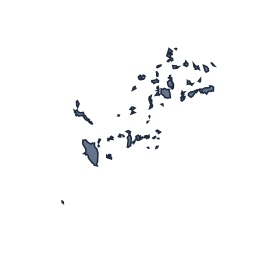 Notioy Aigaioy, Notio Aigaio, Greece, rotated 118°
{"feature_id": "26713481B52894455575268", "entity_name": "Notioy Aigaioy", "entity_type": "district", "adm_level": 2, "iso_a3": "GRC", "parent_name": "Greece", "parent_adm1": "Notio Aigaio", "projection": "natural_earth1", "projection_center": [26.069, 36.671], "detail": "fine", "context": "isolated", "style": "filled", "palette": "slate", "viewbox_px": 256, "rotation_deg": 118, "n_neighbors": 0, "source": "geoboundaries", "source_scale": "gbopen_adm2", "svg_char_len": 5857}
<svg xmlns="http://www.w3.org/2000/svg" viewBox="0 0 256 256"><g transform="rotate(118 128 128)"><path d="M176.7,140.4L175.8,137.3L174.6,138.9L172.2,139.0L164.4,142.7L161.3,145.5L159.9,149.0L157.0,150.5L158.0,151.3L157.9,152.3L159.6,153.1L159.5,156.7L158.3,159.8L160.1,162.0L159.4,162.5L163.3,160.4L166.5,155.3L169.1,153.9L171.2,154.9L170.8,154.1L171.5,152.7L170.5,152.6L170.7,151.2L171.6,149.6L173.0,149.0L175.6,143.1L175.4,142.0L176.7,140.4ZM83.2,107.6L81.3,104.8L77.0,107.8L75.4,109.8L74.6,109.6L75.8,111.9L76.0,114.6L77.4,115.1L77.8,117.1L82.0,115.1L83.1,110.3L83.8,109.9L83.2,107.6ZM57.0,73.3L56.8,71.8L55.5,71.3L55.3,70.0L51.9,71.5L51.5,73.3L52.5,75.6L53.3,74.9L54.5,75.4L56.5,78.9L58.7,80.2L60.1,83.1L61.3,83.8L61.1,82.9L62.6,80.0L60.9,80.0L62.0,78.1L60.4,76.8L61.1,74.5L58.3,74.3L57.0,73.3ZM141.1,164.9L138.8,165.9L138.6,169.3L137.3,171.1L137.2,172.8L135.2,174.8L136.9,177.1L137.2,179.8L135.9,181.5L138.0,182.7L137.7,183.6L139.0,182.5L138.3,182.4L139.1,180.8L141.1,180.3L141.5,179.4L140.1,178.5L140.6,177.0L138.3,174.2L140.6,169.2L140.3,167.3L141.1,164.9ZM143.2,118.3L142.6,117.3L135.4,120.2L132.6,123.6L130.2,124.0L130.1,126.4L131.9,127.9L132.1,124.5L134.4,123.7L136.7,124.2L138.8,122.0L145.2,119.6L144.8,118.5L143.2,118.3ZM64.5,84.2L62.0,84.0L61.7,84.7L66.2,88.4L66.4,89.4L69.2,90.7L70.8,90.1L71.4,87.0L69.2,85.7L64.6,85.2L64.5,84.2ZM70.7,107.1L68.1,108.3L67.2,109.4L68.0,109.7L66.3,110.8L66.0,112.9L66.6,113.9L68.9,114.7L71.3,112.9L72.3,111.0L71.5,110.1L72.8,107.3L71.8,107.0L71.8,108.1L70.3,108.4L70.7,107.1ZM43.8,124.9L42.4,123.5L41.7,124.0L42.4,125.6L43.8,126.4L43.0,127.2L41.2,126.5L41.2,125.2L39.4,124.8L38.6,129.1L46.1,127.6L46.3,124.2L45.3,123.7L43.8,124.9ZM42.0,85.2L39.8,83.7L37.9,84.9L36.9,87.2L37.2,90.8L41.1,87.1L42.0,85.2ZM98.3,116.5L96.6,116.8L96.1,117.5L96.8,117.9L92.2,120.1L92.1,120.8L92.9,121.0L92.5,121.6L88.5,122.7L90.7,123.8L93.1,122.8L96.7,118.9L100.7,118.1L98.3,116.5ZM131.2,110.9L128.6,110.4L131.6,112.9L130.6,112.8L129.6,115.7L131.4,116.9L132.3,116.9L132.3,115.7L134.6,116.0L133.8,115.4L134.5,113.9L134.0,113.0L132.4,112.6L131.8,111.9L132.5,111.8L131.2,110.9ZM73.4,122.8L72.0,123.1L71.4,125.7L72.8,126.1L75.0,129.2L76.0,128.8L76.0,126.8L76.6,126.1L74.0,124.3L73.4,122.8ZM42.6,94.5L42.8,92.5L40.3,95.1L41.3,95.6L41.5,97.6L40.3,100.5L43.0,98.4L43.5,96.4L44.5,96.3L43.9,95.0L42.6,94.5ZM111.1,129.1L111.1,130.5L112.1,130.2L111.3,130.6L111.7,131.8L109.7,132.4L107.1,131.1L107.1,133.1L107.9,134.6L110.4,134.9L109.6,133.7L110.3,133.5L110.5,132.2L114.2,131.8L111.1,129.1ZM75.2,92.0L73.4,92.5L74.1,93.8L73.2,94.7L73.3,96.1L73.9,95.2L76.6,95.6L76.8,94.7L78.7,94.2L78.8,92.9L76.4,92.0L75.7,93.4L75.2,92.0ZM60.3,94.8L60.2,91.7L58.3,91.3L59.2,92.3L58.9,94.1L57.6,95.7L58.5,96.5L58.2,97.8L61.6,96.1L60.3,94.8ZM49.9,111.8L51.2,113.9L50.5,114.5L51.9,117.8L54.2,115.9L52.2,112.7L49.9,111.8ZM45.0,104.6L43.1,105.2L41.9,108.3L43.6,107.6L43.5,108.2L45.1,108.8L45.6,107.2L46.2,107.9L46.2,105.2L45.0,104.6ZM77.5,137.1L75.4,136.7L77.0,137.3L77.7,140.2L77.0,141.5L75.0,141.7L78.0,142.8L79.6,141.5L79.6,139.7L77.5,137.1ZM133.5,182.1L129.6,182.5L127.7,185.5L128.8,186.0L132.4,183.7L133.5,182.1ZM146.6,139.3L145.2,136.1L144.6,137.2L143.4,136.7L143.1,138.7L144.1,139.3L145.3,138.4L146.7,140.8L148.6,139.8L148.2,139.1L147.9,139.7L146.6,139.3ZM161.5,130.0L162.3,129.2L159.9,130.6L159.9,131.6L161.4,131.5L160.8,132.6L162.7,132.8L162.3,133.8L163.7,133.1L163.2,132.6L163.7,132.1L163.1,131.9L163.7,131.4L163.5,129.7L161.5,130.0ZM126.1,104.9L124.6,106.1L126.7,107.0L126.0,107.8L126.5,108.7L127.8,107.9L126.8,108.8L127.2,109.3L128.8,109.1L127.8,107.3L128.3,106.8L127.0,106.6L127.6,105.5L126.1,104.9ZM68.7,126.8L68.4,126.0L66.0,126.9L64.6,129.5L68.7,126.8ZM139.5,130.3L137.3,130.7L137.3,132.3L140.1,132.4L139.5,130.3ZM92.6,141.8L89.4,139.6L88.0,141.3L89.6,142.3L92.6,141.8ZM47.0,120.3L45.6,121.4L46.3,123.5L47.5,123.4L48.5,121.2L47.0,120.3ZM65.0,116.3L64.6,114.9L65.6,111.5L63.2,113.1L63.3,114.5L65.0,116.3ZM119.2,98.8L116.3,97.3L116.1,100.9L117.1,100.9L116.7,101.5L117.4,101.8L117.8,100.4L116.7,99.4L117.5,98.4L119.2,98.8ZM60.8,130.2L57.6,128.2L56.9,128.5L59.3,131.1L60.9,131.1L60.8,130.2ZM154.8,146.9L151.2,146.9L151.2,148.2L154.5,147.8L154.8,146.9ZM141.3,164.0L141.4,161.6L140.9,161.4L139.7,163.6L140.4,164.4L141.3,164.0ZM79.3,121.1L79.1,119.2L77.1,120.9L78.4,121.5L79.3,121.1ZM31.3,85.5L32.9,82.2L32.6,80.6L31.3,84.0L31.3,85.5ZM50.4,123.3L48.6,123.1L49.0,124.3L50.7,124.4L50.4,123.3ZM53.6,86.1L52.4,86.1L50.3,87.2L53.7,87.8L53.6,86.1ZM125.3,100.2L123.0,99.3L122.6,100.0L125.2,101.4L125.3,100.2ZM86.3,119.1L85.2,117.6L83.8,118.8L86.3,119.1ZM138.8,115.7L136.6,115.6L137.5,117.0L138.9,117.1L138.1,116.4L138.8,115.7ZM132.9,93.8L131.7,92.8L130.1,92.9L131.0,94.2L132.9,93.8ZM70.6,95.0L69.6,94.8L70.8,96.3L70.3,97.4L71.5,97.1L70.6,95.0ZM91.5,109.8L91.7,107.7L90.5,108.6L89.9,108.2L91.5,109.8ZM223.6,151.9L224.7,150.9L224.1,150.7L224.4,150.1L223.5,150.7L223.6,151.9ZM75.0,138.0L74.3,137.3L73.9,138.9L74.8,139.3L75.0,138.0ZM115.1,113.7L112.7,113.2L113.1,113.7L112.3,114.0L115.1,113.7ZM122.1,142.4L121.7,141.6L120.7,141.7L121.2,142.9L122.1,142.4ZM36.0,123.7L36.2,122.3L35.1,122.3L35.2,123.1L36.0,123.7ZM81.4,120.1L80.8,118.4L80.1,119.2L81.4,120.1ZM63.6,115.3L61.8,115.2L62.2,115.8L63.6,115.3ZM158.3,145.4L157.5,144.9L157.0,145.9L157.8,145.5L157.6,146.5L158.3,145.4ZM123.8,97.6L122.9,95.7L122.6,96.0L123.8,97.6ZM83.6,116.7L84.3,116.4L84.5,116.0L83.5,115.8L83.6,116.7ZM108.4,114.0L107.2,114.3L107.1,114.7L107.8,114.9L108.4,114.0ZM130.1,113.3L128.7,113.1L129.9,114.0L130.1,113.3ZM163.1,128.1L162.1,128.5L162.1,129.0L163.0,129.0L163.1,128.1ZM137.9,128.1L137.4,127.5L136.5,128.6L136.7,129.1L137.9,128.1ZM136.1,101.6L136.2,100.4L135.9,100.2L135.6,101.3L136.1,101.6ZM82.5,118.0L83.4,116.9L81.9,118.0L82.5,118.0ZM76.9,139.4L76.0,139.9L76.7,140.0L76.9,139.4ZM72.0,97.3L72.3,96.6L72.0,95.6L71.9,96.0L72.0,97.3Z" fill="#64748b" stroke="#1e293b" stroke-width="1.5"/></g></svg>